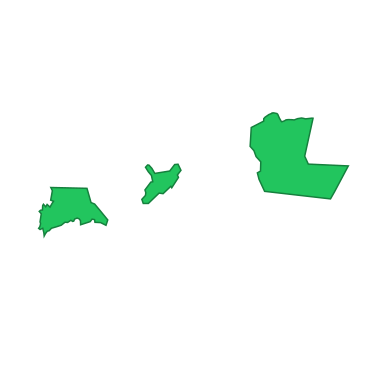 the district of Rаmitan, Bukhoro, Uzbekistan, rotated 138°
{"feature_id": "79887680B12609316203717", "entity_name": "Rаmitan", "entity_type": "district", "adm_level": 2, "iso_a3": "UZB", "parent_name": "Uzbekistan", "parent_adm1": "Bukhoro", "projection": "robinson", "projection_center": [63.441, 40.386], "detail": "fine", "context": "isolated", "style": "filled", "palette": "green", "viewbox_px": 384, "rotation_deg": 138, "n_neighbors": 0, "source": "geoboundaries", "source_scale": "gbopen_adm2", "svg_char_len": 1547}
<svg xmlns="http://www.w3.org/2000/svg" viewBox="0 0 384 384"><g transform="rotate(138 192 192)"><path d="M120.7,175.4L120.7,168.4L127.1,161.7L130.6,162.5L133.7,156.6L137.6,143.9L93.7,94.2L85.9,96.8L58.4,106.8L86.9,134.9L84.3,143.2L52.7,165.8L53.4,166.6L58.7,170.4L59.7,171.9L61.1,173.7L64.5,175.9L67.9,177.2L68.8,178.3L72.0,181.4L73.9,182.7L75.7,183.0L78.3,184.1L78.4,184.9L77.6,188.5L76.3,192.3L76.4,193.5L78.3,196.1L79.4,197.0L79.5,196.8L83.0,198.1L87.6,198.7L89.6,198.5L91.3,196.7L104.8,200.3L113.8,191.4L118.3,187.0L118.3,181.3L120.7,175.4ZM316.8,279.8L318.5,279.8L318.6,276.7L325.0,271.4L325.4,270.2L326.5,269.2L328.4,268.0L330.3,267.6L330.0,265.8L327.2,264.9L329.4,260.8L331.3,258.2L328.9,259.1L325.8,259.7L324.0,258.8L320.7,259.1L315.9,256.8L311.4,254.8L306.6,254.5L304.8,252.6L300.9,252.0L300.4,250.0L299.4,249.5L297.3,250.4L294.8,249.5L293.8,247.5L294.1,245.3L296.7,242.2L287.5,238.1L284.4,238.7L282.9,236.7L284.4,234.4L280.4,230.4L278.2,224.8L273.3,227.6L272.7,240.3L272.4,248.2L274.1,251.7L267.6,265.0L293.9,289.8L294.9,286.4L299.9,282.5L302.5,280.5L301.1,277.8L304.1,277.0L307.6,275.8L308.0,279.7L310.6,278.9L310.6,282.3L312.1,281.8L315.2,278.7L316.8,279.8ZM204.2,208.7L192.3,211.9L191.5,214.4L185.7,215.5L183.8,222.0L186.5,224.0L194.5,222.5L207.2,230.7L206.0,236.4L206.0,240.8L206.9,241.8L210.0,241.5L210.9,236.4L211.1,231.4L214.3,225.9L216.0,226.9L225.6,225.0L226.8,222.4L228.9,220.6L234.2,220.1L235.9,216.1L232.1,212.7L217.2,213.2L214.6,210.1L203.9,210.4L204.2,208.7Z" fill="#22c55e" stroke="#15803d" stroke-width="1.5"/></g></svg>